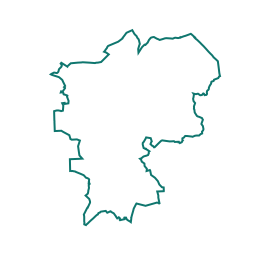 Pūres pag., Tukums, Latvia (Mercator projection), rotated 8°
{"feature_id": "27541924B42244079207170", "entity_name": "Pūres pag.", "entity_type": "district", "adm_level": 2, "iso_a3": "LVA", "parent_name": "Latvia", "parent_adm1": "Tukums", "projection": "mercator", "projection_center": [22.936, 57.042], "detail": "fine", "context": "isolated", "style": "outline", "palette": "teal", "viewbox_px": 256, "rotation_deg": 8, "n_neighbors": 0, "source": "geoboundaries", "source_scale": "gbopen_adm2", "svg_char_len": 5477}
<svg xmlns="http://www.w3.org/2000/svg" viewBox="0 0 256 256"><g transform="rotate(8 128 128)"><path d="M76.7,178.6L77.4,178.4L78.1,178.5L79.1,178.3L80.2,178.4L81.0,178.4L82.1,178.5L82.3,178.7L87.5,180.0L90.7,180.9L93.4,183.1L94.8,183.3L96.1,183.8L96.7,184.4L96.7,185.4L96.8,186.1L96.7,186.6L96.9,186.7L97.0,187.4L96.9,187.8L96.7,188.1L96.8,188.2L97.2,188.4L97.7,188.4L97.8,188.6L97.8,188.8L97.7,189.0L97.0,189.4L97.0,189.5L97.2,189.9L97.1,190.3L97.3,191.3L97.6,192.3L97.7,192.8L97.5,194.8L97.4,195.7L97.5,196.7L97.4,198.2L97.3,198.6L96.4,199.7L95.4,200.8L96.8,201.8L98.1,202.7L99.3,203.5L99.5,203.7L100.6,206.0L100.8,207.2L99.4,211.8L99.3,211.7L98.6,213.2L97.4,216.7L97.1,217.6L96.3,219.9L96.8,221.2L96.9,221.6L97.1,222.7L97.5,225.6L97.7,226.9L98.0,227.6L98.1,228.4L98.0,229.0L98.1,229.5L99.9,230.0L100.3,229.3L101.2,228.4L103.1,225.9L104.6,224.1L106.0,222.5L108.5,219.3L109.4,218.3L109.5,218.2L110.1,217.9L110.2,217.7L110.6,216.3L111.9,215.7L112.5,214.8L112.8,214.6L117.5,213.2L119.2,214.8L119.3,214.8L122.2,212.9L122.4,212.9L122.9,213.4L125.8,214.5L127.2,216.0L128.4,217.2L128.4,217.4L129.8,218.9L129.9,219.0L131.3,217.7L132.6,218.6L132.5,218.9L132.4,219.1L132.5,219.6L132.6,220.1L132.9,220.4L135.5,219.4L137.2,218.8L136.8,217.4L136.9,217.2L138.5,217.0L139.4,218.5L140.3,219.2L143.2,220.4L143.9,220.8L143.9,218.9L143.8,216.3L143.7,216.2L143.8,216.0L143.9,214.8L144.7,208.9L144.9,207.0L146.6,202.2L146.9,201.6L156.2,202.6L167.1,197.8L167.7,197.9L169.0,198.1L169.9,198.9L167.7,192.7L167.4,190.5L165.8,186.8L172.2,185.6L172.2,185.4L172.2,185.2L171.6,181.9L169.8,181.9L166.9,179.6L165.0,176.5L161.6,173.5L157.4,171.3L155.9,167.1L155.5,166.6L152.4,168.0L152.4,166.3L152.3,165.7L150.3,163.9L149.7,163.3L149.2,160.9L146.3,159.4L145.5,157.7L144.2,156.8L145.4,156.2L147.3,154.1L149.2,153.2L150.2,152.8L151.2,152.2L151.6,152.0L152.1,150.3L152.0,150.2L152.0,149.9L152.0,149.4L151.9,148.5L151.8,148.2L151.9,148.3L152.3,148.0L150.5,147.1L149.2,146.6L148.2,146.3L148.3,146.0L146.3,145.7L144.9,142.4L144.7,140.8L145.0,140.2L145.3,140.0L146.7,136.7L147.3,134.8L151.9,134.9L153.4,138.0L153.0,138.6L152.7,140.1L152.5,140.8L154.4,142.2L155.5,142.5L156.4,143.5L157.0,143.4L159.5,140.1L160.1,139.3L161.1,138.0L161.4,137.6L162.7,136.0L163.6,135.5L170.0,135.5L171.2,135.5L173.4,135.1L175.2,134.7L175.4,134.7L176.1,135.2L176.2,135.3L180.0,134.6L180.1,135.2L181.0,135.1L181.5,135.7L183.2,134.6L183.7,133.2L183.8,133.0L183.7,133.0L183.6,132.8L183.4,131.3L183.3,130.7L184.5,129.8L184.9,129.4L185.0,129.2L185.4,128.3L185.9,127.9L186.8,127.8L187.9,127.7L192.3,127.6L193.2,127.7L195.3,126.4L196.6,126.0L199.4,125.6L200.8,123.9L201.0,123.8L202.2,123.1L201.8,121.3L202.7,119.9L202.9,118.6L202.4,117.2L201.9,115.7L200.1,113.8L200.2,113.2L201.0,109.4L200.2,108.4L200.0,108.0L199.9,107.9L197.1,107.1L195.3,106.8L194.5,106.4L192.3,103.8L191.9,103.3L191.1,100.4L190.6,99.9L190.6,98.8L190.4,97.9L190.3,97.4L191.0,94.0L189.2,92.3L188.4,90.0L188.4,89.9L188.6,88.6L188.6,86.8L188.7,85.7L188.0,84.8L189.4,85.0L190.7,85.0L190.9,84.9L192.5,84.3L192.8,84.4L193.1,84.5L194.4,85.3L194.7,85.4L195.0,85.5L196.4,85.1L196.7,84.9L196.9,84.7L197.4,83.7L197.6,83.4L197.9,83.3L198.3,83.5L198.6,83.7L199.1,84.6L199.4,84.8L199.9,84.5L200.8,84.4L201.0,84.3L201.3,83.8L201.4,83.5L201.5,83.2L201.2,82.1L201.1,81.6L201.1,81.1L201.2,80.3L201.3,80.0L202.2,79.1L202.4,78.7L202.6,78.2L202.5,76.6L202.6,76.4L202.9,75.2L203.4,74.0L203.8,73.2L204.0,72.8L204.1,72.4L204.1,71.7L204.1,70.9L204.2,70.6L204.4,70.4L205.9,69.7L206.2,69.5L206.3,69.3L206.5,68.2L210.4,66.0L211.1,64.3L211.9,63.8L211.5,62.9L210.8,60.9L210.3,59.0L209.7,56.7L208.0,50.5L207.7,49.4L205.8,48.0L203.0,46.1L202.9,46.1L202.8,45.9L201.2,44.3L198.9,42.6L197.0,41.1L194.3,38.8L191.5,36.5L188.8,34.5L187.7,33.6L184.2,31.1L182.6,30.2L181.3,29.2L181.6,28.9L181.4,28.8L178.0,26.5L177.1,26.0L174.9,27.2L173.6,27.9L171.9,28.8L170.5,29.4L168.1,30.7L167.2,31.3L167.0,31.2L166.9,31.0L166.2,31.6L165.8,31.8L164.9,32.0L162.5,32.0L162.0,32.1L161.5,32.3L159.9,33.3L157.5,33.4L153.4,33.7L152.0,34.1L150.0,35.1L147.1,36.4L145.7,35.9L144.0,35.5L141.0,34.3L139.3,34.8L138.0,35.5L136.5,37.9L135.6,40.7L134.2,42.5L133.7,43.3L132.8,43.2L130.7,45.9L129.9,47.6L127.9,52.0L127.1,48.4L127.6,44.8L128.0,43.1L126.9,40.3L126.2,38.7L124.8,37.5L123.5,35.6L122.5,35.0L121.1,33.8L118.6,30.5L113.3,33.9L112.7,34.9L112.2,35.9L110.0,39.8L110.1,40.1L109.3,40.9L106.3,43.9L96.9,49.5L96.2,50.7L96.0,51.7L94.9,53.6L94.4,54.8L93.7,55.8L95.8,56.3L97.0,56.9L98.7,57.8L95.6,61.9L92.2,66.4L90.1,67.1L89.3,67.4L87.3,67.8L86.3,68.3L81.6,68.6L74.0,69.2L72.6,69.6L69.0,70.3L62.3,71.9L59.8,74.9L59.3,75.4L59.3,75.6L52.9,72.7L52.4,73.6L52.7,73.8L53.4,74.8L53.8,75.5L53.4,76.8L52.2,78.4L51.6,79.2L51.4,79.7L51.4,80.5L51.2,82.0L50.4,83.2L49.8,83.5L47.1,83.4L44.6,85.1L44.1,85.6L45.3,86.0L52.3,87.2L53.0,87.5L56.0,89.4L56.4,89.8L57.3,91.3L59.9,95.1L59.0,96.4L59.9,96.9L60.1,97.1L60.1,97.3L58.3,100.7L58.5,101.3L56.7,101.0L56.5,102.2L57.5,101.9L58.0,101.9L58.4,101.9L59.0,102.2L59.1,102.4L59.3,102.7L59.3,103.0L59.4,103.3L59.6,103.6L59.8,103.7L61.0,103.8L63.0,104.2L63.5,104.4L63.5,104.6L63.2,105.4L65.4,109.5L65.5,111.9L62.2,112.9L61.8,111.9L59.4,112.6L60.0,113.5L60.8,114.7L61.0,117.5L61.1,119.9L59.4,120.6L59.0,120.4L56.4,120.3L54.8,120.6L52.5,121.6L54.1,131.2L54.2,130.9L54.3,132.2L55.9,141.2L62.4,140.0L64.4,140.9L70.9,143.3L72.6,147.0L73.6,147.2L73.9,147.4L79.0,146.4L82.1,147.1L81.1,153.0L83.0,159.6L83.2,160.2L83.7,161.9L87.0,164.7L84.6,165.2L74.8,167.0L76.7,178.6Z" fill="none" stroke="#0f766e" stroke-width="2"/></g></svg>